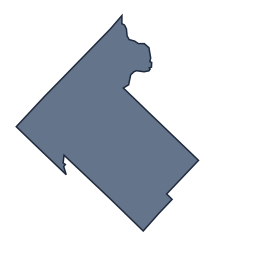 Morrison, Minnesota, United States of America, rotated 44°
{"feature_id": "52423323B29822013107164", "entity_name": "Morrison", "entity_type": "district", "adm_level": 2, "iso_a3": "USA", "parent_name": "United States of America", "parent_adm1": "Minnesota", "projection": "albers", "projection_center": [-94.357, 46.061], "detail": "fine", "context": "isolated", "style": "filled", "palette": "slate", "viewbox_px": 256, "rotation_deg": 44, "n_neighbors": 0, "source": "geoboundaries", "source_scale": "gbopen_adm2", "svg_char_len": 615}
<svg xmlns="http://www.w3.org/2000/svg" viewBox="0 0 256 256"><g transform="rotate(44 128 128)"><path d="M46.7,204.7L71.0,204.7L116.0,204.5L108.5,200.4L108.3,197.8L105.6,198.2L100.9,192.0L164.6,191.3L210.5,191.5L209.5,168.2L209.3,148.7L201.6,148.6L201.2,102.3L131.3,102.5L96.9,102.5L98.4,96.4L93.0,87.9L93.2,83.4L94.3,80.9L100.5,76.4L103.3,72.4L103.0,70.3L101.5,70.1L102.6,67.9L99.5,64.4L97.6,65.1L95.7,61.9L87.3,55.7L81.1,56.0L76.8,60.1L72.3,60.9L67.4,63.6L63.4,62.4L58.0,57.8L54.0,56.4L51.1,57.2L45.5,51.3L46.5,69.0L46.2,138.9L46.0,162.3L46.7,204.7Z" fill="#64748b" stroke="#1e293b" stroke-width="1.5"/></g></svg>